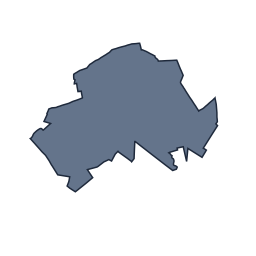 Pilu, Arad, Romania (Mercator projection), rotated 39°
{"feature_id": "2599482B37446473597152", "entity_name": "Pilu", "entity_type": "district", "adm_level": 2, "iso_a3": "ROU", "parent_name": "Romania", "parent_adm1": "Arad", "projection": "mercator", "projection_center": [21.361, 46.586], "detail": "fine", "context": "isolated", "style": "filled", "palette": "slate", "viewbox_px": 256, "rotation_deg": 39, "n_neighbors": 0, "source": "geoboundaries", "source_scale": "gbopen_adm2", "svg_char_len": 3305}
<svg xmlns="http://www.w3.org/2000/svg" viewBox="0 0 256 256"><g transform="rotate(39 128 128)"><path d="M131.8,188.8L130.7,188.5L128.9,187.9L127.2,187.4L122.6,185.9L124.8,182.9L126.9,180.0L128.5,177.8L128.9,176.7L130.6,169.5L131.4,167.9L133.0,164.6L135.6,164.1L136.0,164.0L134.5,156.3L134.7,154.3L134.9,152.4L136.1,152.6L141.3,152.3L146.3,152.0L151.3,151.8L152.1,152.0L152.0,148.0L146.7,140.9L141.8,134.2L142.0,134.0L162.4,133.6L179.8,133.2L189.5,132.9L191.5,129.6L191.0,127.7L190.8,127.4L190.3,127.3L189.0,127.4L187.9,127.9L187.5,128.0L186.6,128.0L186.1,127.5L185.5,126.6L184.8,125.1L184.4,124.6L183.8,124.1L183.0,123.6L182.3,123.4L181.5,123.6L180.8,123.4L180.7,123.3L180.5,123.2L180.1,122.9L179.8,121.9L179.5,121.9L179.2,121.8L178.7,121.9L178.2,121.9L177.6,121.7L176.8,121.5L176.4,121.5L176.0,121.5L175.3,121.6L175.4,121.3L175.8,120.5L177.7,117.7L180.3,113.9L178.8,112.7L179.1,112.3L182.7,107.8L194.6,117.1L187.4,106.2L204.0,104.2L203.1,97.6L202.8,96.0L202.8,95.9L202.3,95.9L199.2,96.3L197.3,80.3L196.1,69.8L193.7,69.5L193.5,66.9L191.9,65.2L190.2,63.5L187.5,60.2L181.7,54.1L179.9,52.6L176.9,50.1L176.7,49.9L176.7,50.1L176.5,50.9L176.3,53.0L175.8,55.4L175.4,57.7L175.1,59.9L174.6,62.3L174.3,64.5L174.0,65.9L173.8,66.3L173.1,67.9L172.5,69.2L172.3,70.3L171.5,70.0L169.2,69.3L166.7,68.4L164.3,67.7L161.9,66.9L160.4,66.4L158.7,65.9L158.3,65.8L156.2,65.2L155.1,64.8L152.4,63.9L149.7,63.0L147.0,62.0L145.7,61.7L145.2,61.4L144.2,61.1L143.5,60.9L140.9,60.1L140.6,59.9L140.4,59.8L140.2,59.6L140.0,59.4L139.6,58.6L138.8,55.7L137.9,52.9L137.9,52.6L137.6,52.4L137.4,52.2L136.9,51.9L135.7,51.3L133.5,50.1L131.8,49.3L130.7,48.7L128.3,47.4L126.4,46.3L124.2,45.1L123.2,44.6L122.2,45.5L119.8,47.7L118.0,49.3L115.8,51.2L113.6,53.2L111.6,55.0L109.4,56.9L108.7,56.4L108.0,56.2L107.5,56.1L107.1,56.1L106.6,56.1L106.1,56.2L105.1,56.0L104.4,55.8L104.2,55.7L103.8,55.4L103.5,55.1L102.8,55.3L100.6,55.7L98.5,56.2L96.1,56.6L93.7,57.1L91.4,57.8L90.0,58.2L89.2,58.9L86.0,56.4L83.7,54.8L83.2,55.3L82.8,55.6L81.2,57.3L79.6,58.8L78.0,60.3L76.8,62.1L75.4,64.0L74.3,65.9L74.2,66.0L73.0,67.6L72.1,68.8L71.3,69.9L69.9,71.9L68.8,73.7L67.5,75.5L66.3,77.3L66.1,79.1L66.0,80.9L65.2,83.1L64.6,85.2L64.0,86.7L63.5,88.2L62.7,90.3L62.6,90.8L61.8,93.5L60.4,96.0L60.3,96.3L59.6,98.6L59.0,100.7L58.3,102.7L58.3,105.0L58.3,107.3L57.3,108.9L56.3,110.5L55.3,112.1L54.3,113.7L53.7,115.4L53.1,117.2L52.5,118.7L52.0,120.4L52.9,121.6L53.9,122.8L55.2,124.1L56.5,123.9L58.0,126.9L58.5,127.5L59.4,126.4L60.0,125.7L61.5,127.0L62.7,128.2L63.1,128.5L64.6,129.8L66.2,131.2L67.2,130.3L67.0,130.2L68.5,128.8L70.2,130.4L71.9,131.8L73.0,132.7L73.3,132.9L73.6,133.3L73.3,133.9L72.0,136.3L71.0,138.0L70.0,139.6L68.5,141.9L67.5,143.9L66.6,145.8L65.2,147.9L63.8,149.9L62.7,151.5L62.5,151.8L61.2,154.0L60.1,155.6L59.2,157.3L57.6,158.9L56.2,160.2L55.3,161.7L54.5,163.1L55.2,165.1L55.7,167.1L56.0,168.0L56.6,168.1L58.6,175.8L65.0,173.2L63.5,182.9L63.4,183.1L61.2,182.9L60.6,183.2L60.0,183.9L59.3,185.8L58.8,187.7L58.5,189.7L58.3,191.4L58.5,192.9L58.9,194.1L59.1,195.8L59.0,196.9L58.9,197.3L58.7,197.7L72.8,200.0L76.0,200.6L81.1,201.1L87.4,203.1L91.6,204.8L93.0,205.2L95.3,206.0L102.9,208.6L113.4,202.6L115.3,206.0L115.9,207.3L117.2,211.4L120.8,211.4L127.2,210.7L127.9,207.7L130.2,197.1L131.5,190.4L131.8,188.8Z" fill="#64748b" stroke="#1e293b" stroke-width="1.5"/></g></svg>